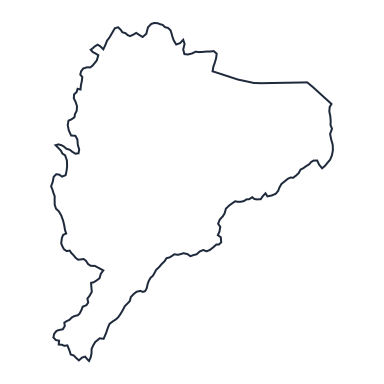 Trajano de Moraes, Rio de Janeiro, Brazil (Equal Earth projection)
{"feature_id": "56859067B81893048284321", "entity_name": "Trajano de Moraes", "entity_type": "district", "adm_level": 2, "iso_a3": "BRA", "parent_name": "Brazil", "parent_adm1": "Rio de Janeiro", "projection": "equal_earth", "projection_center": [-42.183, -22.156], "detail": "fine", "context": "isolated", "style": "outline", "palette": "slate", "viewbox_px": 384, "rotation_deg": 0, "n_neighbors": 0, "source": "geoboundaries", "source_scale": "gbopen_adm2", "svg_char_len": 3546}
<svg xmlns="http://www.w3.org/2000/svg" viewBox="0 0 384 384"><path d="M58.7,344.5L61.9,344.8L64.3,345.8L67.4,345.4L69.5,350.6L70.7,354.5L73.8,355.5L76.3,358.1L78.9,360.4L82.0,357.6L85.1,356.6L86.8,358.7L89.0,361.0L90.6,357.6L91.5,353.5L91.6,348.8L93.2,345.4L95.3,341.9L97.6,340.1L99.7,338.3L103.6,338.8L106.0,333.3L107.2,329.7L108.3,326.7L109.5,323.9L112.5,321.6L116.0,319.3L118.1,317.4L120.3,314.3L122.9,309.9L124.8,306.2L126.9,304.1L129.8,301.1L130.8,297.1L133.9,293.8L136.7,291.7L140.4,290.9L142.7,291.9L145.1,291.2L146.7,288.3L147.6,284.2L148.9,280.6L150.7,277.6L152.8,275.9L154.5,273.0L156.1,269.9L159.2,267.0L161.6,264.1L164.5,261.3L166.6,258.1L169.4,257.5L171.9,256.0L174.3,254.3L177.9,254.8L180.8,254.1L183.5,253.2L187.5,254.1L190.4,256.2L193.7,255.0L196.6,254.3L199.7,251.5L203.3,250.0L206.5,251.3L209.8,250.0L213.5,247.1L216.4,244.5L218.9,244.5L221.2,242.3L220.8,237.3L217.8,235.1L219.4,231.8L220.3,226.8L218.1,223.8L219.8,219.5L222.8,216.3L224.6,213.4L225.9,208.7L229.2,205.5L232.1,203.4L235.2,201.3L237.8,201.8L240.7,201.8L244.1,201.0L246.4,199.4L249.2,199.2L252.3,197.2L254.3,199.0L256.9,199.4L260.7,199.2L263.0,195.9L265.5,193.3L267.4,196.4L271.6,195.5L275.7,193.8L278.2,190.8L279.3,187.8L281.4,184.0L284.5,181.5L287.8,178.8L290.6,177.5L293.1,177.8L296.0,175.6L298.6,173.2L300.6,169.5L303.0,168.4L306.2,166.1L309.3,164.2L311.0,162.1L313.5,160.6L317.2,160.5L319.0,164.5L322.1,168.3L325.0,165.8L326.9,163.5L330.1,159.7L332.0,155.1L332.9,150.2L332.7,144.7L331.2,139.5L330.1,134.0L332.0,128.7L330.5,125.0L330.7,121.0L330.3,116.2L329.3,111.4L329.7,107.0L331.5,104.0L312.7,86.9L307.2,82.4L261.3,83.2L254.0,83.0L242.0,80.4L238.1,79.6L212.6,71.3L213.3,66.9L214.8,62.7L216.1,58.2L216.7,53.7L213.7,51.1L210.2,51.5L206.7,51.5L203.1,51.9L199.0,52.1L195.6,51.7L191.9,53.5L187.9,54.5L184.4,54.1L183.2,49.4L184.6,44.0L183.2,39.8L180.1,43.1L176.2,44.5L173.7,40.3L172.4,36.7L171.5,33.3L170.5,30.3L168.0,27.9L165.0,27.2L162.7,24.9L160.1,24.2L157.6,23.2L154.3,23.0L151.3,23.9L148.0,27.3L146.3,33.8L142.6,37.0L139.2,34.9L136.2,32.9L133.2,34.7L130.1,36.1L127.6,35.1L125.4,33.1L122.4,32.3L120.7,29.8L118.1,27.3L114.9,28.2L113.3,30.9L111.4,34.2L109.4,37.6L107.0,40.7L105.5,44.7L103.3,49.3L100.2,46.2L97.6,44.7L94.8,46.4L92.8,48.2L90.7,49.8L92.8,52.1L95.2,53.3L98.3,55.2L96.8,60.4L94.8,62.9L92.5,65.7L90.2,67.4L87.0,67.3L83.2,68.5L81.0,71.5L80.3,74.7L82.3,77.0L81.9,80.7L80.9,85.5L80.5,89.5L77.6,88.8L76.6,92.1L74.1,94.4L73.8,98.3L75.8,102.4L77.0,106.4L76.7,110.8L75.0,114.1L74.4,117.3L71.4,119.4L68.5,120.6L67.7,125.2L68.8,130.4L71.1,135.5L75.4,135.8L77.4,139.5L77.8,144.8L79.2,149.5L78.5,153.3L75.4,153.7L72.3,151.8L69.7,149.7L66.5,148.8L63.8,146.5L61.5,145.2L58.5,144.4L55.6,145.2L58.1,147.7L60.9,150.7L62.5,153.7L65.1,155.3L66.9,160.5L67.1,166.5L66.5,171.3L65.6,175.2L62.0,176.6L59.4,174.7L56.3,174.2L53.7,176.8L52.7,181.9L51.1,186.3L52.6,190.1L53.5,193.2L54.7,196.3L54.6,199.8L54.7,204.7L56.0,208.7L58.8,211.3L61.2,215.4L63.2,220.9L64.3,225.8L65.0,230.0L66.2,233.5L63.2,234.8L61.9,238.0L61.2,243.4L62.6,246.8L64.1,249.4L66.7,251.1L69.7,250.6L71.3,253.0L73.6,255.3L75.7,257.9L78.1,259.7L81.1,259.4L83.5,259.0L85.9,260.7L88.1,264.1L90.7,265.8L94.8,265.9L98.8,268.0L103.3,270.4L100.8,273.8L99.5,278.3L96.2,280.7L93.6,282.3L91.1,282.8L91.3,286.4L91.8,291.9L89.5,295.9L87.4,298.6L88.2,302.5L86.4,305.2L82.7,306.7L81.4,310.1L79.7,313.4L77.8,315.3L74.7,316.0L72.1,317.2L69.4,319.9L66.7,321.1L64.3,322.7L64.8,326.0L62.8,329.3L59.1,330.0L56.5,330.9L54.1,334.0L53.4,337.5L55.9,340.1L59.1,340.7L58.7,344.5Z" fill="none" stroke="#1e293b" stroke-width="2"/></svg>